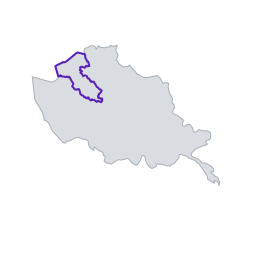 Farah on a map of Afghanistan (Albers equal-area conic projection), rotated 65°
{"feature_id": "AFG-1749", "entity_name": "Farah", "entity_type": "Province", "adm_level": 1, "iso_a3": "AFG", "parent_name": "Afghanistan", "parent_adm1": "", "projection": "albers", "projection_center": [62.843, 32.453], "detail": "fine", "context": "in_parent", "style": "outline", "palette": "violet", "viewbox_px": 256, "rotation_deg": 65, "n_neighbors": 0, "source": "natural_earth", "source_scale": "10m", "svg_char_len": 7719}
<svg xmlns="http://www.w3.org/2000/svg" viewBox="0 0 256 256"><g transform="rotate(65 128 128)"><path d="M113.5,75.7L117.9,75.1L120.9,75.6L122.6,77.0L124.2,77.4L125.6,76.6L126.6,76.4L127.0,76.8L127.7,77.0L128.9,76.9L129.6,77.3L129.8,78.2L130.7,79.4L132.3,80.7L133.7,81.0L135.4,79.8L136.1,79.9L136.3,79.5L136.5,78.7L137.5,77.9L139.5,77.0L140.6,76.4L141.0,75.8L141.6,75.6L142.4,75.7L142.9,75.5L143.2,74.8L143.9,74.5L144.5,74.6L147.4,77.0L148.5,77.7L149.0,77.5L150.3,76.0L150.4,74.7L149.9,73.1L150.1,71.7L150.9,70.6L152.6,69.9L155.0,69.5L156.5,69.5L157.0,70.0L157.8,70.3L158.7,70.3L159.6,69.6L160.2,68.3L160.2,66.7L159.4,64.9L159.5,64.3L160.7,63.2L161.9,61.7L163.0,59.8L164.0,57.5L165.4,56.1L167.1,55.4L169.3,55.9L171.9,57.4L173.0,59.4L172.6,62.0L172.7,63.4L173.2,63.6L176.0,62.9L176.4,63.2L176.5,63.9L176.1,65.0L175.9,68.1L175.6,75.5L177.1,79.8L178.1,81.5L179.0,82.0L179.9,82.1L180.7,81.9L182.4,80.6L184.9,78.3L187.3,76.8L191.0,75.7L192.0,73.4L193.6,71.7L197.3,69.2L199.3,68.1L200.5,67.9L203.6,68.4L203.8,69.0L203.7,69.8L202.9,70.5L202.7,70.9L203.0,71.3L204.3,71.2L209.3,69.2L210.3,67.7L211.4,67.6L213.6,67.9L215.3,67.5L216.2,68.0L218.4,69.7L217.8,69.9L216.9,69.6L216.3,69.0L214.3,70.1L212.1,71.6L212.2,71.9L214.5,73.4L210.3,75.9L208.5,77.2L208.1,77.3L205.0,76.5L196.9,77.7L190.8,78.8L188.5,80.1L186.3,80.7L185.2,81.4L184.5,82.5L181.3,85.1L180.7,86.0L178.8,86.1L177.0,88.4L174.3,91.3L173.8,92.6L174.3,93.2L175.9,94.1L176.7,94.9L178.0,97.4L178.6,99.2L179.3,99.9L179.9,102.1L179.3,103.4L179.3,104.0L180.4,105.6L180.2,106.1L179.5,106.9L178.6,109.1L176.6,110.8L175.9,112.2L174.5,113.9L174.0,115.2L173.4,116.0L172.8,116.4L173.0,117.1L173.7,117.9L174.7,118.8L174.9,122.6L174.5,123.8L172.0,125.0L169.5,125.7L166.4,125.9L165.2,125.9L160.8,124.7L159.5,125.5L159.4,127.3L162.0,129.9L163.1,131.3L164.4,133.9L165.3,135.1L165.1,136.4L160.8,139.5L158.0,139.9L156.3,140.5L155.5,141.2L155.0,144.2L154.4,145.3L154.5,146.6L154.0,148.1L153.2,149.1L152.6,150.6L153.6,158.3L151.2,161.6L149.8,162.8L148.4,163.4L147.2,163.3L145.7,161.6L144.7,160.9L143.6,161.1L142.6,161.8L141.0,161.7L139.6,161.1L138.9,161.2L138.5,161.9L137.0,163.3L133.5,165.5L132.0,165.7L131.3,166.2L131.6,167.1L132.3,167.7L133.5,168.1L133.6,168.7L131.7,169.8L129.8,170.6L127.6,170.9L125.3,170.6L124.1,169.8L122.7,169.7L121.5,170.4L120.2,171.6L118.5,174.4L115.9,176.1L115.3,177.9L114.6,180.9L115.0,185.4L114.7,187.4L114.2,188.7L114.3,189.8L115.3,190.9L114.9,191.7L114.2,192.6L113.5,193.0L98.9,197.7L96.5,197.9L95.2,197.7L91.1,197.8L89.3,198.1L87.6,198.8L86.3,199.5L85.4,200.6L83.6,200.0L78.1,199.0L63.2,200.4L61.8,200.1L41.1,193.1L54.0,178.1L54.4,176.8L54.4,174.4L53.7,171.0L52.4,169.5L41.3,167.6L40.9,165.0L41.1,163.8L40.9,161.6L41.0,159.9L41.5,157.0L41.6,155.8L38.3,143.0L38.3,141.8L40.5,138.9L43.1,136.2L43.0,135.6L41.7,135.3L39.7,135.2L38.7,134.8L37.9,134.0L37.6,132.8L38.1,130.8L37.7,126.8L39.8,123.6L43.0,123.4L41.4,121.0L41.1,120.7L40.9,120.3L41.1,119.9L41.9,119.7L43.9,118.2L44.0,117.3L45.6,115.1L45.5,114.1L46.5,111.4L46.0,109.6L45.9,108.6L47.1,108.0L47.9,105.5L48.3,104.9L48.3,104.2L48.1,103.2L49.2,103.1L50.1,104.4L51.6,105.8L52.6,106.2L53.9,106.4L56.7,106.0L57.3,106.0L60.2,108.5L60.7,109.1L60.9,110.0L61.4,110.3L62.4,109.4L63.4,109.1L65.2,109.4L66.2,109.0L70.9,106.1L71.3,104.1L71.7,103.1L72.4,102.4L71.6,100.2L71.9,99.8L72.5,99.6L74.0,99.6L81.1,97.2L83.0,97.1L83.4,96.9L83.5,96.3L84.0,95.6L87.4,93.7L89.3,91.9L89.9,90.6L92.9,79.5L94.6,78.5L96.3,77.8L102.1,77.5L103.1,74.1L103.6,73.3L104.6,72.4L108.9,74.7L113.5,75.7Z" fill="#d9dde1" stroke="#a8b0b8" stroke-width="1"/><path d="M51.7,169.4L41.7,167.8L41.3,167.6L41.1,166.1L41.0,165.3L40.9,165.0L41.1,163.8L41.0,162.4L41.0,161.6L41.1,160.6L41.1,160.3L40.9,160.0L40.9,159.8L41.0,159.5L41.0,159.4L40.9,159.3L40.8,159.2L41.3,158.6L41.4,158.3L41.6,157.1L41.6,155.8L40.7,151.9L38.5,144.1L38.3,143.1L38.4,141.8L38.4,141.6L41.0,138.3L41.4,138.0L41.8,137.7L42.0,137.2L42.0,136.9L42.0,136.7L42.2,136.3L42.8,136.3L43.0,136.2L43.9,136.1L44.6,136.5L46.3,136.9L47.2,137.0L49.1,136.8L49.3,136.8L49.5,136.9L49.8,137.0L50.1,137.0L50.4,136.9L50.6,136.8L50.7,136.7L50.8,136.4L50.9,136.2L51.1,136.2L51.4,136.1L52.0,136.1L52.6,136.3L52.8,136.5L53.0,136.5L53.4,136.5L54.4,136.6L55.2,136.8L55.4,136.9L55.4,137.0L55.4,137.3L55.3,137.5L55.1,137.7L55.0,137.8L55.0,138.0L55.0,138.6L54.9,138.9L54.8,139.0L54.6,139.2L54.4,139.3L54.2,139.6L54.0,139.8L54.0,140.0L54.6,140.7L55.1,141.6L55.1,141.8L54.6,142.2L54.5,142.3L54.3,142.6L53.8,143.1L53.7,143.2L53.6,143.3L53.5,143.5L53.4,143.6L53.1,143.9L52.9,144.0L52.8,144.8L52.8,145.3L52.8,145.6L52.9,145.8L53.0,145.8L54.0,146.0L54.3,146.2L54.5,146.4L54.9,146.9L55.1,147.1L55.3,147.1L55.5,147.0L56.0,146.4L56.7,145.9L56.9,145.8L57.1,145.8L57.2,146.3L57.2,146.5L57.3,146.8L57.3,147.0L57.4,147.3L57.5,147.4L57.6,147.6L57.9,147.7L58.1,147.6L58.4,147.5L58.8,147.1L59.1,147.0L59.5,146.9L60.6,146.8L61.1,146.7L61.4,146.7L61.6,146.7L61.8,146.7L61.7,146.4L61.8,146.3L62.1,145.5L62.1,145.4L62.1,145.2L62.1,144.9L62.2,144.5L62.3,144.4L62.6,144.2L62.9,143.9L63.3,143.6L63.8,143.4L64.0,143.3L64.3,143.3L64.7,143.5L64.8,143.6L65.0,143.6L65.6,143.4L66.2,143.3L66.4,143.1L66.5,143.0L66.6,142.9L66.7,142.6L66.8,142.4L67.4,142.4L67.6,142.4L67.8,142.4L68.9,142.0L69.2,141.9L69.2,142.1L69.2,142.3L69.3,142.3L70.5,141.9L70.8,141.5L70.9,141.4L70.9,141.1L71.0,140.8L71.2,140.2L71.4,139.9L71.5,139.7L71.9,139.5L72.1,139.3L72.5,139.5L73.0,139.5L73.2,139.4L74.1,139.1L76.8,139.0L77.5,138.9L78.0,138.7L78.5,138.2L78.8,138.1L79.2,137.9L79.7,137.8L80.6,137.7L80.8,137.6L81.0,137.5L81.2,137.1L81.4,136.8L81.6,136.6L81.9,136.4L82.4,136.2L82.8,136.1L83.2,136.4L83.5,136.6L84.2,137.8L84.6,138.7L84.7,138.9L84.7,139.1L84.7,139.4L84.7,139.6L84.7,139.8L84.8,139.9L85.0,140.0L85.3,140.0L85.5,140.4L85.7,140.5L85.8,140.7L86.2,141.4L86.3,141.6L86.6,141.6L86.8,141.6L87.1,141.9L87.6,142.2L87.8,142.2L88.0,142.0L88.5,142.0L88.6,141.9L88.6,141.7L88.3,141.4L88.4,141.2L88.8,141.1L89.0,141.0L89.3,140.8L89.4,140.7L89.6,140.6L89.7,140.4L89.9,140.1L90.2,139.3L90.3,139.1L90.5,139.1L90.8,139.1L90.9,139.3L91.0,139.5L91.3,139.7L91.5,139.6L92.0,139.7L92.3,139.8L92.3,140.0L92.8,140.5L93.0,140.8L92.6,141.2L92.5,141.3L92.5,141.5L92.5,141.9L92.7,142.0L91.6,142.9L91.4,143.0L91.2,143.4L91.0,143.6L90.8,143.8L90.8,144.0L90.9,144.3L90.7,144.6L90.5,145.0L90.9,145.2L91.0,145.3L90.9,145.5L89.2,146.3L88.8,146.4L88.7,146.4L88.6,146.5L88.3,146.9L88.1,147.1L87.9,147.4L87.9,147.5L87.8,147.8L87.7,147.9L87.2,148.3L86.9,148.5L86.8,148.8L86.8,149.0L87.1,149.2L87.4,149.3L87.4,149.5L87.3,149.9L87.2,150.1L86.4,150.5L85.9,150.8L85.1,150.9L84.2,151.1L83.9,151.0L83.9,150.9L83.7,150.9L83.5,151.1L83.4,151.2L83.4,151.5L83.4,151.8L83.5,151.9L83.5,152.0L83.8,152.5L83.8,152.8L83.7,152.9L83.5,153.0L83.3,153.1L83.1,153.3L82.9,153.5L82.7,153.6L82.4,153.5L81.5,154.3L81.4,154.4L81.4,154.5L81.3,154.8L81.2,154.8L80.6,154.7L79.9,154.9L79.0,155.7L78.9,155.8L78.7,156.0L77.6,156.5L77.3,156.8L77.0,156.8L74.5,156.2L73.2,156.1L72.5,156.0L72.4,156.0L72.1,156.1L71.9,156.4L71.7,156.6L71.7,156.8L71.5,157.1L71.5,157.3L71.5,158.5L71.4,158.6L71.4,158.8L71.3,159.0L71.2,159.2L71.0,159.4L70.7,159.6L70.3,160.0L70.1,160.1L69.3,160.3L68.6,160.3L67.3,160.8L66.9,161.0L66.7,160.9L65.0,159.1L64.8,158.9L64.6,158.9L64.2,158.8L63.9,158.8L62.3,159.2L56.8,159.5L56.7,159.7L56.7,159.8L56.7,160.0L56.8,160.2L56.8,160.6L56.8,160.8L56.6,161.0L55.8,161.4L55.6,161.5L55.5,161.9L55.5,162.0L55.6,162.4L55.6,162.7L55.6,162.9L55.5,163.1L55.3,163.3L54.9,163.7L54.7,163.9L54.4,164.3L53.8,165.4L53.3,166.0L53.0,166.1L52.7,166.1L52.5,166.3L52.5,166.5L52.5,166.8L52.7,167.1L52.6,167.3L52.4,167.6L52.2,167.6L51.9,167.6L51.8,167.4L51.7,167.4L51.7,167.6L51.8,167.9L51.9,168.0L52.0,168.1L52.0,168.4L51.9,168.5L52.0,168.7L52.0,168.8L51.9,168.9L51.7,169.4Z" fill="none" stroke="#5b21b6" stroke-width="2"/></g></svg>